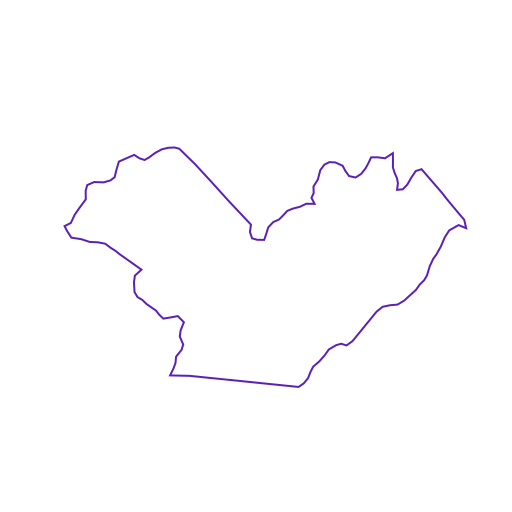 the district of Barro Preto, Bahia, Brazil, rotated 18°
{"feature_id": "56859067B30588354925121", "entity_name": "Barro Preto", "entity_type": "district", "adm_level": 2, "iso_a3": "BRA", "parent_name": "Brazil", "parent_adm1": "Bahia", "projection": "orthographic", "projection_center": [-39.447, -14.775], "detail": "fine", "context": "isolated", "style": "outline", "palette": "violet", "viewbox_px": 512, "rotation_deg": 18, "n_neighbors": 0, "source": "geoboundaries", "source_scale": "gbopen_adm2", "svg_char_len": 1816}
<svg xmlns="http://www.w3.org/2000/svg" viewBox="0 0 512 512"><g transform="rotate(18 256 256)"><path d="M447.3,164.6L442.8,157.2L437.7,154.1L430.5,149.6L419.9,142.9L413.1,138.3L386.6,122.3L381.7,125.8L379.6,133.0L377.8,141.4L375.0,147.2L369.7,149.5L368.5,142.9L365.9,138.3L362.3,134.3L358.8,129.4L357.1,123.9L354.4,115.9L348.5,123.2L341.0,124.6L335.0,126.6L334.2,132.9L333.1,138.9L330.6,145.5L326.4,150.6L319.8,151.2L314.6,147.4L310.5,143.4L302.5,142.5L296.7,144.1L292.8,148.0L290.6,154.5L291.2,164.0L289.2,172.2L291.4,178.3L290.8,183.6L295.6,188.3L287.6,190.8L282.6,195.6L276.6,199.4L271.8,203.4L269.1,209.3L266.6,214.2L261.9,218.4L258.8,225.0L258.9,232.4L258.8,238.1L252.3,240.2L246.8,240.4L242.8,235.0L241.5,227.7L212.8,212.0L190.7,199.3L169.5,187.4L149.9,177.7L144.9,178.0L139.1,180.2L133.4,183.7L128.1,189.3L124.0,195.1L120.4,199.1L115.1,199.1L108.9,197.5L101.9,203.7L96.4,208.6L96.6,216.6L97.2,224.8L94.2,229.1L88.4,233.0L79.2,235.7L73.6,240.7L73.8,246.5L76.6,254.7L73.2,264.9L70.8,272.9L69.7,281.8L64.7,286.7L68.6,290.6L74.7,295.6L84.6,294.0L93.5,294.0L101.6,291.8L108.8,290.9L115.5,293.2L120.4,294.4L125.7,296.4L151.3,304.4L146.9,312.0L148.0,318.6L151.6,327.8L156.0,331.7L161.5,332.9L166.5,335.4L172.9,337.4L177.8,338.8L182.0,341.7L187.2,344.2L193.8,340.8L200.2,337.3L207.9,341.3L207.3,350.0L208.4,356.2L214.1,362.6L214.2,368.2L211.1,376.5L212.5,382.7L212.3,388.2L211.2,396.1L229.9,390.5L336.9,367.4L340.7,362.5L343.3,356.0L343.6,349.7L344.6,343.5L348.7,336.8L351.9,329.4L354.2,322.3L359.8,316.0L364.2,313.1L369.7,313.1L374.1,307.1L387.9,271.6L392.1,265.2L398.7,261.4L405.6,258.5L410.8,252.5L414.7,245.6L418.6,238.8L420.4,233.0L423.5,226.8L424.6,221.7L424.4,212.0L425.4,204.0L427.1,198.8L428.8,190.2L429.8,179.8L431.8,172.0L439.1,164.0L447.3,164.6Z" fill="none" stroke="#5b21b6" stroke-width="2"/></g></svg>